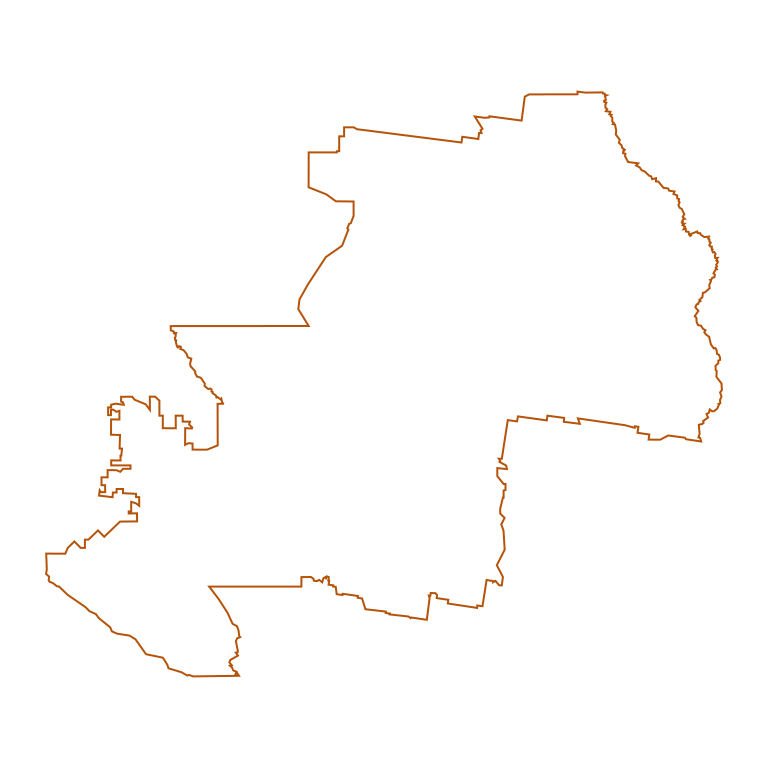 outline of Northern Grampians, Victoria, Australia
{"feature_id": "25037944B95428670663886", "entity_name": "Northern Grampians", "entity_type": "district", "adm_level": 2, "iso_a3": "AUS", "parent_name": "Australia", "parent_adm1": "Victoria", "projection": "natural_earth1", "projection_center": [143.135, -36.85], "detail": "fine", "context": "isolated", "style": "outline", "palette": "amber", "viewbox_px": 768, "rotation_deg": 0, "n_neighbors": 0, "source": "geoboundaries", "source_scale": "gbopen_adm2", "svg_char_len": 6091}
<svg xmlns="http://www.w3.org/2000/svg" viewBox="0 0 768 768"><path d="M501.8,585.4L502.9,576.9L496.8,565.2L504.7,549.7L503.5,530.6L501.3,524.4L504.6,517.9L500.2,513.6L500.2,508.7L502.9,497.6L503.6,497.6L503.6,490.5L505.5,490.0L505.5,484.0L503.6,484.0L497.3,476.1L497.3,468.1L506.9,469.1L506.2,465.6L499.5,461.9L500.2,461.0L498.8,458.7L501.8,458.8L507.8,420.1L517.0,421.4L518.0,416.4L546.8,420.4L547.4,415.7L564.2,417.9L563.8,421.8L579.8,423.8L577.9,418.4L625.0,425.2L634.7,427.8L634.9,426.3L638.4,426.8L637.5,432.8L649.3,434.5L648.6,439.6L660.2,439.7L668.2,435.5L684.9,437.7L685.9,439.2L701.2,441.5L700.1,437.9L698.4,437.4L699.6,434.0L698.8,424.8L702.4,423.9L703.6,422.8L703.1,421.1L708.1,417.5L706.5,414.0L708.8,412.8L709.8,409.5L712.1,411.3L714.0,411.2L717.1,408.8L719.0,404.6L718.5,403.9L720.3,403.2L720.0,400.0L721.5,396.6L720.1,392.4L721.9,390.1L721.5,383.5L716.4,376.8L716.7,371.0L715.7,370.0L715.5,365.9L718.3,363.2L718.3,360.6L720.0,360.0L720.2,358.2L719.0,354.8L717.1,354.0L716.4,349.5L715.1,348.0L713.9,348.5L710.9,344.4L709.1,336.7L705.9,334.5L704.3,332.1L705.5,330.2L703.1,328.9L701.0,325.7L698.0,325.1L696.6,321.8L696.4,317.7L694.7,316.2L698.4,310.9L695.3,307.2L696.6,304.4L698.2,303.9L698.6,302.3L700.5,301.0L699.4,299.9L702.4,297.2L702.9,292.8L705.0,292.3L709.7,288.2L709.2,285.3L710.9,281.3L710.2,280.0L711.2,279.9L712.3,277.7L714.4,277.3L714.9,274.6L713.5,273.3L715.6,269.6L716.9,269.3L715.7,267.5L717.0,266.5L716.2,264.7L717.7,262.6L717.8,261.6L716.5,260.7L717.3,260.2L716.5,258.8L717.4,257.9L715.2,257.9L714.8,255.7L715.6,254.0L714.3,252.1L712.9,252.4L712.0,250.1L712.6,249.4L711.6,248.6L711.9,246.7L710.1,246.4L709.3,245.2L710.7,242.6L709.4,241.7L709.4,239.4L708.2,238.6L709.0,236.6L704.2,237.0L700.7,234.7L700.3,233.2L697.6,233.1L697.2,231.5L690.8,234.0L691.2,235.2L690.2,236.0L689.0,234.5L688.7,231.9L686.0,231.5L685.7,228.7L683.6,229.2L685.0,226.6L682.6,225.2L684.4,223.7L682.4,223.4L681.8,222.2L682.9,221.5L682.4,220.4L683.6,218.9L684.7,218.8L682.7,216.9L684.3,214.3L681.8,209.0L679.6,207.7L678.4,204.9L679.6,202.3L678.6,201.1L679.1,199.1L677.2,198.4L677.2,195.4L673.5,194.0L674.5,191.5L669.2,190.7L668.0,188.4L663.5,187.9L658.4,181.6L655.9,181.4L656.0,178.2L652.2,179.2L651.2,176.4L649.1,175.7L644.8,171.5L641.7,170.3L639.7,167.4L636.1,165.5L638.1,163.3L628.1,162.0L625.1,156.4L625.4,153.7L623.2,153.3L623.1,152.1L624.6,149.9L623.5,149.8L623.8,149.0L622.0,147.6L621.6,145.3L618.9,142.8L619.8,139.9L615.8,134.5L616.2,130.6L615.0,124.5L612.8,124.1L613.7,122.8L612.3,121.7L612.3,117.8L610.8,116.1L611.6,114.8L609.3,114.3L610.4,111.8L605.9,111.2L607.2,109.1L605.5,107.8L605.3,104.9L606.4,102.6L604.3,102.0L604.0,100.9L605.9,99.8L605.0,96.1L606.6,95.3L604.9,95.0L604.7,93.7L603.0,93.5L602.6,92.4L585.2,92.6L577.5,91.6L577.5,94.3L529.2,94.4L524.8,96.6L521.6,120.6L489.5,116.3L489.4,117.4L484.8,117.8L474.8,116.5L482.5,128.8L480.6,130.2L481.5,133.0L479.1,132.9L478.3,139.0L462.3,136.8L461.5,142.5L357.0,129.2L353.7,127.3L344.1,127.3L344.1,136.3L339.2,136.3L339.2,151.2L337.0,151.2L336.8,152.4L308.7,152.4L308.6,187.3L326.4,194.4L335.9,201.3L353.6,201.5L353.6,215.9L350.8,223.2L349.1,223.9L347.3,228.5L348.4,229.6L342.1,245.7L325.8,257.1L308.0,284.3L299.5,299.4L298.3,309.1L308.7,326.0L170.7,326.1L170.8,330.3L173.7,331.4L173.9,333.0L175.6,333.0L174.9,333.7L175.8,334.0L175.6,336.8L174.8,337.7L175.3,340.3L176.2,340.4L175.9,342.6L177.1,346.6L177.9,347.5L179.2,346.1L180.9,347.0L180.3,348.9L183.6,350.2L186.5,353.7L187.7,357.3L191.3,358.7L190.1,363.7L190.5,366.2L195.3,371.4L195.1,372.9L196.9,376.5L200.9,377.8L204.8,383.7L204.6,386.1L208.3,389.1L210.1,388.5L211.6,389.4L211.4,391.4L212.7,392.0L212.5,393.1L215.8,395.4L216.5,397.5L217.5,397.0L220.4,399.3L221.3,398.5L222.3,403.0L223.9,403.7L217.6,403.8L217.7,445.4L207.0,449.7L192.6,449.6L192.5,443.5L188.3,443.2L185.1,444.9L185.2,428.2L191.8,428.5L192.2,427.4L189.1,424.5L190.0,421.7L182.7,421.6L182.6,415.7L175.7,415.7L175.8,428.3L162.8,428.2L162.8,415.7L159.4,415.7L159.4,400.7L155.2,396.7L149.8,396.6L149.9,409.9L145.7,404.3L134.6,399.7L132.1,396.7L121.1,396.8L121.1,401.6L123.1,402.4L123.8,404.8L115.7,403.7L111.1,404.7L111.1,407.4L108.1,407.4L108.1,415.1L111.0,415.1L111.0,409.7L113.3,409.7L116.4,411.8L119.4,410.8L119.4,419.5L111.1,419.4L111.0,434.7L120.0,435.0L119.6,448.6L122.0,448.6L121.3,455.6L120.5,455.6L120.5,460.5L111.2,460.4L111.2,465.4L130.5,465.4L130.5,468.8L123.0,468.8L120.3,471.8L116.5,470.2L107.6,470.1L107.6,477.3L101.5,477.3L101.5,485.2L105.1,485.2L105.2,492.1L100.9,492.2L99.7,490.4L99.0,495.6L112.6,497.2L112.9,492.5L116.6,492.5L116.6,489.0L123.0,489.0L123.0,493.2L136.0,493.8L136.1,497.1L139.2,497.1L139.2,505.8L136.1,503.4L131.2,501.8L131.2,511.4L128.7,511.4L128.7,513.5L137.0,513.3L137.1,521.4L120.0,521.6L104.2,536.8L98.0,530.4L88.5,539.6L84.9,539.6L84.9,547.9L80.7,547.9L74.4,541.5L67.8,547.8L65.3,553.7L46.2,553.6L46.8,569.2L46.1,574.0L49.1,576.6L48.7,580.2L49.4,581.7L53.0,583.1L56.8,586.2L59.0,586.5L67.6,594.8L85.7,607.3L89.5,611.2L95.9,614.1L98.9,618.2L110.2,627.3L111.9,631.4L117.3,633.7L129.5,635.6L135.5,639.3L146.0,654.2L162.9,657.7L167.3,664.7L168.5,668.3L181.6,672.3L187.4,675.6L188.8,674.9L193.3,676.4L239.0,675.8L237.2,673.1L235.5,674.3L236.5,671.7L233.2,670.4L232.1,667.6L230.0,665.7L231.8,665.3L229.4,662.5L230.3,660.0L238.0,655.6L235.8,652.6L237.6,652.2L237.9,651.1L235.9,641.3L237.1,638.3L240.2,637.1L239.1,635.7L238.6,630.7L237.0,626.2L232.6,623.8L227.6,612.9L218.7,599.1L209.2,586.6L301.4,586.6L301.4,577.1L310.9,577.0L313.4,578.7L313.8,580.7L317.0,581.1L319.1,579.9L322.2,582.3L323.4,578.4L325.1,577.2L326.0,578.2L326.7,576.4L327.6,576.6L328.8,577.1L328.3,580.6L329.2,580.7L328.6,584.7L333.2,585.3L333.1,586.5L335.7,586.8L336.7,594.2L342.5,595.0L342.7,593.8L358.0,596.0L357.7,597.8L362.1,598.5L365.4,609.2L385.9,611.6L385.7,613.0L389.8,613.5L389.5,614.4L408.5,616.5L410.7,618.2L411.3,617.5L426.8,619.8L429.6,598.2L428.8,595.6L430.3,595.8L430.7,593.0L435.5,593.2L437.1,595.0L436.7,598.1L448.3,599.8L447.8,603.5L477.1,607.9L477.3,605.5L482.5,606.2L486.6,580.0L493.5,581.1L493.3,582.1L495.5,580.9L499.1,585.2L501.8,585.4Z" fill="none" stroke="#b45309" stroke-width="2"/></svg>